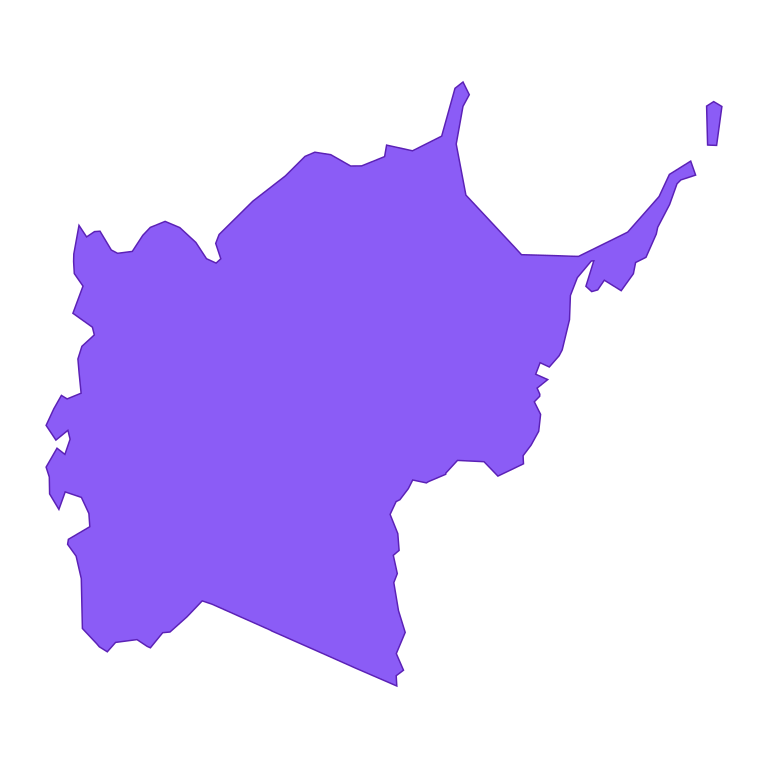 the district of Toa Baja, Puerto Rico
{"feature_id": "32010507B67187557196313", "entity_name": "Toa Baja", "entity_type": "district", "adm_level": 2, "iso_a3": "PRI", "parent_name": "Puerto Rico", "parent_adm1": "", "projection": "equal_earth", "projection_center": [-66.203, 18.432], "detail": "fine", "context": "isolated", "style": "filled", "palette": "violet", "viewbox_px": 768, "rotation_deg": 0, "n_neighbors": 0, "source": "geoboundaries", "source_scale": "gbopen_adm2", "svg_char_len": 2143}
<svg xmlns="http://www.w3.org/2000/svg" viewBox="0 0 768 768"><path d="M396.8,686.0L396.2,675.7L403.5,670.2L396.3,653.6L405.2,632.4L398.5,610.7L393.8,582.6L397.3,573.6L393.3,555.3L399.1,550.4L397.8,533.6L390.1,514.4L396.1,501.6L399.9,499.7L408.3,488.7L412.7,480.0L426.4,482.9L428.5,481.6L445.7,474.3L445.9,473.0L457.5,460.4L484.0,461.7L497.9,476.1L523.5,463.8L523.3,460.3L523.1,455.7L531.1,445.1L538.7,431.3L540.6,414.4L534.3,401.8L539.7,396.3L539.8,394.2L537.1,388.1L547.7,379.6L535.7,374.2L540.1,362.7L549.3,367.0L559.1,355.8L562.2,349.9L569.5,319.7L570.4,295.5L577.3,277.7L591.3,261.0L593.8,260.8L585.9,286.3L591.7,291.6L597.7,289.9L604.3,280.2L621.2,290.7L633.4,273.7L635.6,262.5L646.0,257.3L656.3,234.0L656.6,232.5L657.7,227.3L669.6,204.5L677.0,183.8L680.9,179.9L695.6,175.1L690.7,161.1L669.4,174.4L659.1,196.5L627.7,232.1L621.7,235.1L599.0,246.3L578.5,256.4L574.6,256.3L570.6,256.2L556.8,255.7L533.0,255.0L521.5,254.7L513.6,246.1L511.7,244.1L479.0,209.1L465.9,195.1L456.2,144.0L456.8,140.8L462.9,106.8L462.9,106.5L469.3,94.7L463.0,82.0L455.0,88.3L453.4,94.1L442.4,133.5L441.7,136.1L412.5,150.8L387.0,145.2L386.6,145.1L384.6,156.6L361.6,165.9L350.6,166.0L330.8,154.7L314.8,152.2L305.0,156.4L285.4,175.9L252.8,201.2L219.1,234.5L215.7,243.4L220.8,258.8L216.1,263.1L206.5,258.7L195.9,242.5L179.8,227.6L165.1,221.4L150.3,227.4L142.8,235.3L132.3,251.4L117.6,253.3L111.3,250.0L100.0,231.2L94.5,231.6L86.6,236.9L79.0,225.4L73.8,254.0L73.6,261.5L74.3,273.6L83.0,286.1L72.9,313.3L92.4,327.2L94.3,334.9L81.9,346.3L77.9,359.0L79.1,373.0L81.1,393.2L67.1,398.9L61.4,395.4L53.8,408.8L46.1,425.4L55.9,440.1L67.9,430.3L70.1,439.2L64.9,454.4L57.0,448.2L46.1,467.1L49.3,477.0L49.6,493.9L58.9,509.4L65.2,491.9L81.4,497.4L88.9,513.5L89.8,526.7L68.4,539.3L67.6,544.3L76.1,556.1L81.3,578.7L82.4,628.5L96.6,643.6L99.3,646.8L107.3,651.8L115.6,642.4L137.0,639.6L147.2,646.4L150.4,647.8L162.7,632.7L170.0,632.0L186.9,616.9L202.2,600.9L211.8,604.1L271.4,630.6L271.4,630.8L313.7,649.5L355.5,668.1L396.8,686.0ZM706.9,105.9L706.6,106.1L707.6,145.0L708.8,145.1L716.6,145.4L721.9,106.5L713.7,101.6L706.9,105.9Z" fill="#8b5cf6" stroke="#5b21b6" stroke-width="1.5"/></svg>